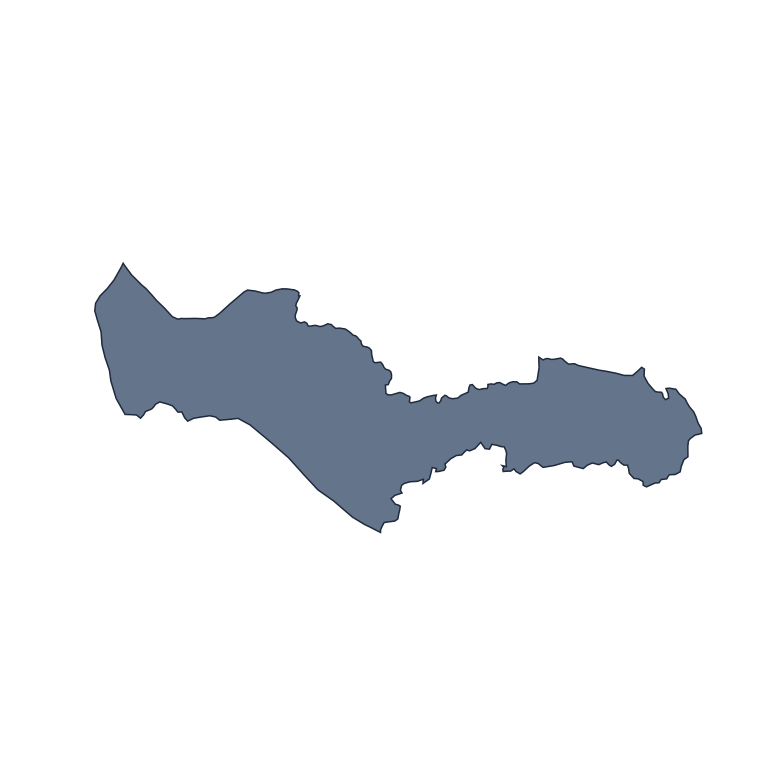 Seekon, Sinoe, Liberia (Mercator projection), rotated 227°
{"feature_id": "62588387B87591253137556", "entity_name": "Seekon", "entity_type": "district", "adm_level": 2, "iso_a3": "LBR", "parent_name": "Liberia", "parent_adm1": "Sinoe", "projection": "mercator", "projection_center": [-8.669, 5.635], "detail": "fine", "context": "isolated", "style": "filled", "palette": "slate", "viewbox_px": 768, "rotation_deg": 227, "n_neighbors": 0, "source": "geoboundaries", "source_scale": "gbopen_adm2", "svg_char_len": 4743}
<svg xmlns="http://www.w3.org/2000/svg" viewBox="0 0 768 768"><g transform="rotate(227 384 384)"><path d="M545.8,175.7L541.2,174.6L538.3,173.9L534.2,178.0L532.1,180.0L530.0,181.9L528.4,182.1L525.0,182.6L525.4,187.3L526.2,189.7L526.5,190.8L525.4,193.8L524.2,197.0L524.3,199.7L525.0,203.2L523.8,207.8L521.1,209.5L517.0,212.0L512.3,214.4L507.3,214.4L504.8,214.1L503.8,214.2L501.5,217.1L495.0,215.1L491.6,215.1L490.7,215.1L488.8,221.3L486.7,224.5L485.0,227.1L479.6,234.9L474.6,238.4L469.6,239.1L464.9,245.1L463.1,247.5L462.6,248.0L461.7,249.3L458.4,253.8L445.6,258.1L422.7,261.0L417.6,261.6L395.2,263.9L375.2,263.6L372.8,263.5L356.3,263.5L355.2,263.4L351.4,263.5L332.9,267.4L328.4,267.9L308.3,270.1L294.8,273.9L292.4,274.8L290.7,275.5L277.8,280.2L279.7,282.1L281.1,285.3L282.6,289.6L279.5,294.1L276.4,298.4L275.9,302.1L279.2,306.6L281.1,309.5L283.6,312.6L285.8,311.9L288.4,310.3L295.3,310.9L295.1,316.1L292.0,322.8L295.1,323.5L297.9,327.9L297.5,331.0L294.7,336.4L290.4,341.6L290.1,341.9L287.5,347.8L284.7,344.7L283.6,352.4L286.5,357.1L290.0,362.3L286.4,364.7L284.7,362.0L282.8,364.2L280.0,369.1L281.0,372.5L284.0,374.1L283.8,375.7L283.8,381.9L283.3,383.9L282.4,388.0L279.1,392.5L279.4,396.2L279.4,399.7L276.8,400.9L274.7,406.5L275.4,415.0L273.0,414.6L267.8,413.8L264.4,416.7L266.3,421.7L262.3,424.7L258.5,426.8L256.1,429.0L252.3,427.8L249.5,426.2L245.2,421.2L240.2,417.2L243.7,414.8L241.3,414.8L240.6,412.7L238.7,411.5L236.3,414.6L233.9,417.2L233.3,421.2L229.9,420.9L225.4,422.2L224.9,426.2L224.9,434.2L223.8,440.4L220.8,442.5L214.5,443.5L208.3,452.9L203.3,462.9L198.9,468.5L194.5,466.9L189.6,469.9L186.2,472.1L186.0,477.3L184.1,482.5L178.5,486.1L177.2,490.0L175.4,493.4L171.3,493.4L168.7,494.1L168.0,498.0L169.4,502.2L168.7,503.4L164.9,503.4L161.1,504.1L158.5,506.7L155.4,505.2L151.3,502.4L144.4,502.4L141.3,505.2L135.9,506.9L133.2,504.5L130.8,505.4L129.7,505.9L126.8,514.5L124.2,517.8L125.1,521.6L121.8,526.1L122.7,528.7L123.0,530.8L119.2,535.3L117.8,540.7L121.1,545.4L124.1,551.7L123.5,556.7L131.0,563.5L134.3,567.3L134.8,567.9L135.2,570.8L134.6,576.5L131.1,582.7L135.3,585.7L140.3,586.8L143.4,588.0L147.6,589.9L152.4,591.5L158.8,591.8L163.9,592.9L167.7,594.1L170.0,593.7L175.5,593.2L181.2,593.9L182.9,592.5L186.5,589.7L188.4,587.1L183.1,585.2L179.6,582.6L180.5,579.2L183.8,579.2L187.2,581.2L189.1,581.1L190.6,579.4L193.3,577.3L197.1,577.2L204.3,577.5L212.4,579.6L217.3,584.6L217.8,584.5L220.5,583.8L220.4,578.6L220.7,571.6L226.6,565.4L232.8,561.6L241.9,555.1L247.5,550.7L252.5,547.3L262.7,540.3L265.3,538.6L268.9,537.2L272.7,532.5L277.2,531.8L280.4,531.7L282.5,530.8L286.1,525.2L288.0,523.0L290.8,521.3L292.2,519.5L293.2,516.7L296.1,516.0L298.1,515.6L295.9,513.5L290.1,508.5L286.2,503.5L282.3,498.5L282.5,494.1L285.2,490.2L291.6,483.2L294.9,482.7L297.8,479.8L299.5,476.3L300.1,471.9L303.0,470.7L306.1,469.6L308.0,467.2L308.6,464.4L311.1,462.3L312.8,459.7L311.0,458.0L310.4,456.3L313.0,453.3L315.0,449.8L318.2,448.2L323.4,448.2L324.6,446.2L323.4,443.6L320.6,440.1L323.2,432.5L323.4,428.3L326.5,424.1L329.5,422.0L332.7,421.6L334.2,420.9L334.5,416.6L333.1,414.1L332.6,411.7L333.4,410.4L335.9,410.2L338.6,412.0L340.2,414.8L342.1,412.1L345.1,407.0L346.6,403.5L347.4,398.5L349.3,395.1L351.8,390.9L353.7,390.4L356.3,393.7L357.3,394.2L360.6,392.6L363.8,391.8L367.0,389.9L368.8,386.4L371.2,381.6L373.7,379.4L375.9,379.1L382.3,384.3L381.4,385.6L380.7,386.7L382.4,390.4L382.9,393.2L385.8,396.0L388.4,397.3L390.5,397.1L393.7,395.3L395.9,395.3L399.2,396.3L402.3,396.5L405.7,391.9L407.8,391.5L413.8,395.0L414.9,395.9L417.1,397.7L420.3,397.7L422.2,397.1L425.8,394.5L428.3,394.7L431.4,396.5L434.0,396.1L436.7,396.4L438.6,396.1L440.8,394.7L444.1,394.5L446.8,394.1L450.6,393.2L455.2,389.6L457.6,386.6L461.4,386.0L463.2,386.1L466.4,383.9L467.9,379.3L469.6,376.4L473.6,373.9L474.7,372.5L476.3,369.9L478.1,368.1L481.1,369.0L483.7,368.2L485.4,364.7L489.8,363.1L493.7,364.7L495.4,367.0L497.2,370.4L498.7,372.3L501.4,372.8L503.0,375.3L504.3,379.0L505.8,382.6L506.8,381.7L508.8,384.0L510.9,383.9L514.2,382.5L516.0,380.9L519.3,378.3L523.0,374.5L526.5,368.9L527.5,365.7L527.9,364.2L531.5,358.9L533.9,357.0L539.9,353.2L545.8,348.2L546.8,344.2L547.1,336.7L547.1,336.3L547.6,326.4L547.8,311.5L547.9,310.8L548.5,305.8L549.1,304.3L552.3,300.5L553.6,297.7L560.7,290.7L567.6,283.0L568.8,281.8L569.9,280.8L572.1,277.4L575.3,276.1L577.5,275.1L589.2,275.2L600.0,274.6L606.8,274.9L616.4,275.0L621.7,274.3L630.1,274.0L635.8,273.8L646.6,275.0L649.1,275.4L650.2,275.6L648.5,271.1L644.2,257.5L642.5,246.5L642.1,236.4L640.2,229.8L639.8,228.3L639.4,227.7L637.7,225.8L635.5,223.2L634.8,222.4L631.5,220.7L626.7,218.2L615.2,212.7L604.8,204.3L594.4,198.5L593.5,198.0L581.4,192.6L572.5,186.3L564.8,182.5L556.0,178.2L545.8,175.7Z" fill="#64748b" stroke="#1e293b" stroke-width="1.5"/></g></svg>